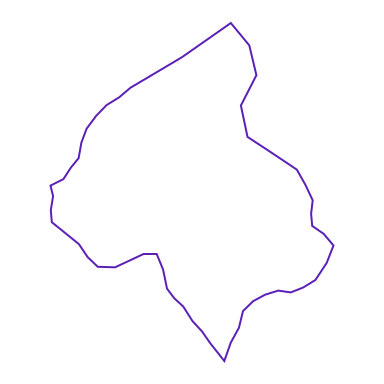 Lerik, Albers equal-area conic projection
{"feature_id": "AZE-1709", "entity_name": "Lerik", "entity_type": "District", "adm_level": 1, "iso_a3": "AZE", "parent_name": "Azerbaijan", "parent_adm1": "", "projection": "albers", "projection_center": [48.478, 38.705], "detail": "fine", "context": "isolated", "style": "outline", "palette": "violet", "viewbox_px": 384, "rotation_deg": 0, "n_neighbors": 0, "source": "natural_earth", "source_scale": "10m", "svg_char_len": 732}
<svg xmlns="http://www.w3.org/2000/svg" viewBox="0 0 384 384"><path d="M115.1,267.3L97.8,266.8L87.7,257.2L78.9,244.1L51.8,222.2L50.8,210.1L53.1,196.1L50.5,185.6L63.4,179.1L71.1,167.3L78.6,158.2L81.4,142.6L86.6,128.7L96.2,115.8L106.7,105.0L119.2,97.3L130.5,87.7L181.8,57.3L230.8,23.0L249.3,45.4L256.4,75.2L240.9,105.5L247.5,136.9L272.3,153.2L296.8,169.6L305.4,184.8L312.7,200.3L311.1,213.7L312.2,225.9L323.7,233.9L333.5,245.5L326.7,262.9L315.4,280.0L303.2,287.5L290.8,292.4L278.3,290.6L265.1,294.7L253.1,301.2L243.0,311.1L238.9,327.8L230.7,342.8L224.3,361.0L210.3,343.3L202.0,331.4L192.5,321.1L183.3,306.6L174.3,298.3L167.0,288.6L163.1,269.6L156.7,254.0L143.5,254.0L115.1,267.3Z" fill="none" stroke="#5b21b6" stroke-width="2"/></svg>